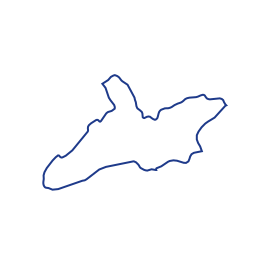 the border of Varaždinska, rotated 158°
{"feature_id": "HRV-1610", "entity_name": "Varaždinska", "entity_type": "County", "adm_level": 1, "iso_a3": "HRV", "parent_name": "Croatia", "parent_adm1": "", "projection": "natural_earth1", "projection_center": [16.282, 46.204], "detail": "fine", "context": "isolated", "style": "outline", "palette": "blue", "viewbox_px": 256, "rotation_deg": 158, "n_neighbors": 0, "source": "natural_earth", "source_scale": "10m", "svg_char_len": 2052}
<svg xmlns="http://www.w3.org/2000/svg" viewBox="0 0 256 256"><g transform="rotate(158 128 128)"><path d="M75.0,80.1L76.3,80.3L78.9,79.9L81.0,78.3L82.7,76.2L84.5,74.4L87.3,73.9L89.4,74.9L94.8,79.3L98.0,81.0L101.7,81.8L103.6,81.7L111.5,80.0L116.6,80.0L117.6,79.2L117.6,78.5L117.9,78.6L121.6,80.9L126.1,81.3L127.6,82.2L128.8,83.2L131.1,86.0L131.6,86.9L131.7,87.5L131.8,88.4L132.0,89.7L132.5,91.1L133.5,93.3L134.5,94.3L135.1,94.9L135.7,95.1L163.0,100.2L170.2,100.3L185.6,96.0L187.7,95.7L190.1,96.2L215.6,97.5L221.1,99.1L224.2,102.1L226.3,103.3L226.8,103.7L227.2,104.3L227.5,105.3L227.6,106.4L227.4,107.9L226.8,109.5L225.2,112.3L224.0,115.7L222.0,118.3L218.3,121.3L210.1,126.1L205.9,128.0L203.1,128.8L202.3,128.3L201.6,126.4L200.9,125.6L199.8,125.3L196.1,125.6L188.0,128.1L166.6,139.8L165.9,140.8L165.3,142.8L164.6,144.1L163.3,145.2L160.5,146.2L154.7,147.3L153.7,147.2L153.0,146.8L152.6,146.2L152.1,144.9L151.8,144.5L151.3,144.3L150.4,144.6L142.7,149.7L141.5,150.1L140.5,150.3L137.3,150.0L136.5,150.0L133.1,150.9L132.4,152.3L132.2,154.5L133.8,160.1L134.4,163.3L133.8,173.6L135.2,178.6L128.4,179.9L124.7,181.8L122.1,182.1L120.6,182.0L120.0,181.6L118.7,180.4L117.9,179.3L117.3,178.2L116.3,174.6L115.7,173.4L112.2,168.3L110.6,153.8L111.0,151.5L111.1,149.0L112.0,145.1L112.0,143.7L111.9,142.6L111.7,142.3L110.2,139.8L109.2,137.7L109.2,136.1L110.3,132.5L109.9,131.6L109.1,131.1L106.3,131.3L104.7,131.0L103.4,130.2L102.2,128.1L101.3,126.8L99.9,125.5L98.6,125.5L97.1,126.2L96.0,127.5L94.1,130.1L93.0,131.3L91.7,132.1L90.4,132.5L86.4,132.4L83.1,131.2L81.1,131.0L79.5,131.1L76.3,131.8L72.8,132.0L69.6,131.8L68.0,132.0L66.6,132.4L64.0,133.4L62.0,133.5L59.6,133.1L53.3,131.1L51.5,130.9L48.4,131.0L46.3,130.8L45.3,130.3L44.6,129.3L44.4,127.9L43.8,125.9L42.8,124.8L41.4,123.9L31.8,121.1L30.2,119.8L29.3,118.2L29.3,116.0L28.9,113.5L28.4,112.2L28.7,112.2L29.3,112.2L37.2,108.4L43.8,105.2L51.2,104.0L53.8,103.4L54.9,103.1L59.5,101.1L63.9,98.3L66.4,96.0L66.9,95.5L68.5,91.6L68.6,87.9L68.0,83.9L68.2,78.8L75.0,80.1Z" fill="none" stroke="#1e3a8a" stroke-width="2"/></g></svg>